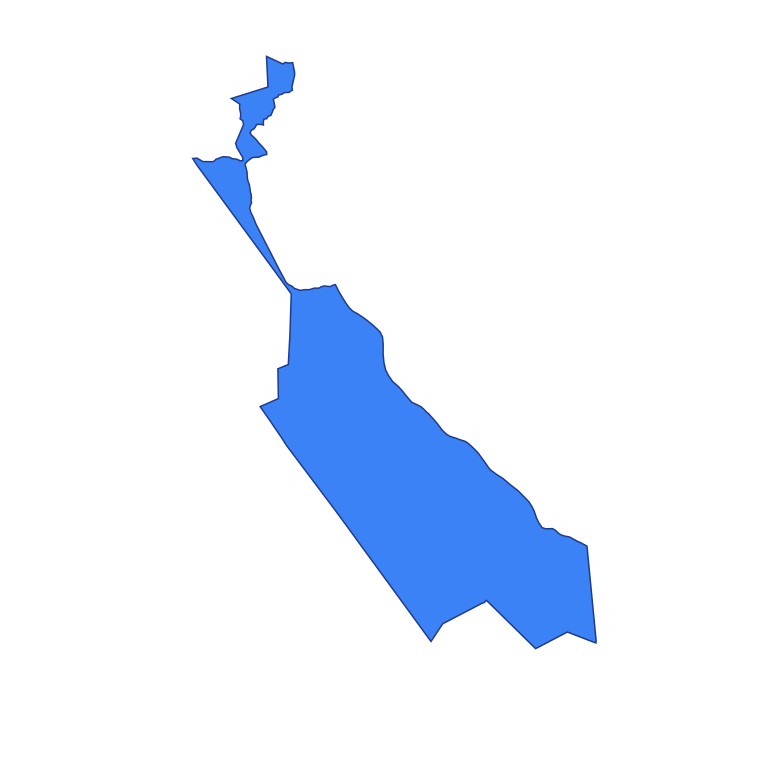 Teresina, Piauí, Brazil (Equal Earth projection), rotated 144°
{"feature_id": "56859067B99238577868953", "entity_name": "Teresina", "entity_type": "district", "adm_level": 2, "iso_a3": "BRA", "parent_name": "Brazil", "parent_adm1": "Piauí", "projection": "equal_earth", "projection_center": [-42.807, -5.187], "detail": "fine", "context": "isolated", "style": "filled", "palette": "blue", "viewbox_px": 768, "rotation_deg": 144, "n_neighbors": 0, "source": "geoboundaries", "source_scale": "gbopen_adm2", "svg_char_len": 2937}
<svg xmlns="http://www.w3.org/2000/svg" viewBox="0 0 768 768"><g transform="rotate(144 384 384)"><path d="M318.3,140.2L320.0,143.1L323.7,151.0L328.0,155.7L330.2,159.3L331.4,165.1L332.7,168.0L334.5,169.2L338.3,171.8L340.5,174.9L340.3,180.8L339.4,186.0L338.2,189.7L337.1,193.5L336.5,197.0L336.0,203.4L336.4,206.2L337.5,213.7L338.3,219.0L341.1,228.5L343.3,237.7L344.6,240.9L346.2,244.9L347.4,248.8L348.1,251.1L348.6,253.9L348.5,256.6L348.4,259.4L348.4,269.3L348.4,273.2L349.4,279.9L350.0,283.0L350.8,286.6L352.1,290.0L353.6,292.0L355.8,295.0L357.9,298.3L359.8,300.7L361.6,303.3L362.8,306.3L363.4,308.9L364.0,312.2L364.1,316.9L364.2,321.5L364.5,325.4L364.8,327.9L365.4,333.6L366.2,336.9L366.6,340.1L367.4,343.8L368.8,346.6L370.3,349.4L372.2,352.6L372.7,357.6L373.1,363.9L373.2,367.0L373.8,373.0L375.6,381.0L375.3,389.2L374.4,394.5L371.4,401.5L367.0,408.9L361.1,416.9L357.5,423.0L356.6,428.5L358.3,437.7L360.4,445.8L363.7,455.4L366.5,461.4L367.3,466.0L367.3,472.4L366.3,484.7L364.9,493.0L367.8,494.1L370.0,494.3L372.1,496.0L374.6,498.4L377.3,499.5L380.3,499.8L384.2,502.6L387.0,503.5L389.2,504.4L392.5,506.8L396.9,509.1L400.2,513.9L401.0,517.3L402.7,520.2L403.5,523.6L401.7,536.9L393.6,588.6L392.1,594.5L391.5,597.2L391.1,600.1L390.4,602.4L389.5,604.9L387.6,606.8L384.5,608.5L383.7,610.7L382.1,612.2L380.3,615.0L379.2,617.8L377.9,620.3L375.9,624.1L374.7,628.3L373.3,631.2L372.0,633.3L370.3,635.8L369.2,638.4L368.2,640.8L367.6,643.1L366.0,644.0L363.3,644.5L360.4,644.6L357.3,644.5L354.8,643.0L352.2,641.2L349.2,640.5L346.6,639.8L344.0,638.6L342.5,640.9L342.7,643.8L342.9,647.1L343.2,649.5L343.6,652.6L343.7,655.9L344.1,659.5L344.9,662.8L344.8,665.8L341.8,667.3L339.4,666.8L337.2,667.5L334.6,668.8L331.3,666.7L329.3,664.4L327.3,667.3L325.3,668.9L323.0,667.5L320.6,668.7L317.7,667.8L314.2,669.8L312.3,671.2L309.7,671.9L308.2,674.7L306.2,679.4L303.3,679.3L301.1,678.6L299.3,679.7L296.2,678.4L293.2,678.3L289.6,675.8L285.3,675.6L284.0,678.3L277.2,684.3L274.9,686.2L273.0,688.9L269.0,697.7L272.0,699.3L275.1,702.4L277.7,702.3L286.5,718.1L293.2,707.9L303.3,692.5L336.4,703.6L339.7,704.7L336.2,695.3L339.0,691.6L340.9,687.2L342.6,684.9L344.6,683.1L343.5,679.9L345.2,676.4L362.6,665.9L364.1,661.6L365.1,650.5L366.9,647.6L369.1,649.0L370.8,652.2L374.3,655.5L375.8,658.5L380.5,662.4L383.8,663.5L385.7,663.9L387.9,664.6L390.2,664.1L392.0,664.6L399.8,670.4L402.5,676.6L406.2,678.9L406.7,671.3L406.3,582.5L406.1,538.1L406.1,511.4L428.0,483.2L429.8,480.9L431.2,479.1L450.0,456.0L460.9,458.7L478.0,434.3L479.9,434.7L497.5,438.5L497.8,422.0L498.4,401.7L498.9,393.1L499.0,390.4L498.0,329.3L497.7,311.0L497.6,291.6L497.6,288.6L497.6,283.6L497.6,279.6L497.6,272.0L497.6,263.1L497.5,233.9L497.5,231.0L497.4,190.6L497.4,177.2L497.3,148.1L480.4,154.4L477.3,155.5L434.2,149.1L431.3,148.3L428.3,148.8L424.1,123.9L416.9,80.8L409.6,79.7L381.5,75.6L368.8,56.0L364.8,49.9L363.3,51.6L315.1,133.5L318.3,140.2Z" fill="#3b82f6" stroke="#1e3a8a" stroke-width="1.5"/></g></svg>